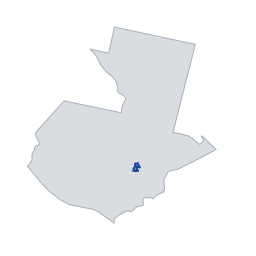 location of San Cristóbal Acasaguastlán, El Progreso, Guatemala, rotated 12°
{"feature_id": "79465075B13418311867324", "entity_name": "San Cristóbal Acasaguastlán", "entity_type": "district", "adm_level": 2, "iso_a3": "GTM", "parent_name": "Guatemala", "parent_adm1": "El Progreso", "projection": "mercator", "projection_center": [-89.866, 15.005], "detail": "fine", "context": "in_parent", "style": "filled", "palette": "blue", "viewbox_px": 256, "rotation_deg": 12, "n_neighbors": 0, "source": "geoboundaries", "source_scale": "gbopen_adm2", "svg_char_len": 3070}
<svg xmlns="http://www.w3.org/2000/svg" viewBox="0 0 256 256"><g transform="rotate(12 128 128)"><path d="M37.4,186.2L38.6,185.0L39.6,182.2L40.8,179.4L40.0,176.1L39.6,173.4L41.0,169.5L40.9,166.6L41.5,164.8L43.6,163.7L44.6,161.4L38.8,153.8L38.8,152.0L39.6,149.9L44.3,141.7L50.0,131.9L56.2,121.2L59.9,114.7L73.6,114.7L82.7,114.6L94.2,114.6L106.7,114.6L114.9,114.6L118.3,114.5L117.7,110.3L118.1,105.7L119.6,101.4L119.6,99.6L117.2,97.3L112.4,95.9L109.8,93.9L109.8,91.3L108.6,88.2L106.3,84.6L101.6,80.9L94.3,77.0L88.2,71.9L83.1,65.5L78.8,61.3L75.5,59.6L74.7,58.7L84.4,58.8L93.6,58.9L93.6,49.6L93.7,41.4L93.7,32.1L110.3,32.1L130.2,32.1L150.7,32.2L166.9,32.2L176.4,32.2L176.0,43.7L175.5,57.0L175.1,66.8L174.6,79.8L174.1,93.1L173.4,111.2L173.0,122.9L173.2,123.2L178.6,122.6L186.6,123.2L188.5,123.1L190.9,124.1L192.8,124.4L196.9,127.1L201.6,129.1L204.7,125.0L203.1,122.6L201.9,121.4L202.1,120.3L218.6,130.7L216.7,132.3L212.4,136.0L204.8,142.3L198.0,148.0L191.4,153.1L185.5,157.8L184.8,158.2L177.3,161.5L176.0,163.0L174.4,169.6L173.7,171.2L175.0,174.8L176.4,180.4L175.9,183.3L170.7,186.9L168.4,190.1L167.3,192.2L166.4,191.7L164.8,191.5L161.1,192.3L159.3,192.5L157.8,193.4L157.6,195.4L158.6,198.7L159.0,200.4L157.9,201.1L153.3,203.1L151.5,205.0L149.8,208.0L147.8,209.3L145.7,209.1L144.2,209.5L141.1,211.7L136.3,216.1L133.7,219.3L133.7,221.7L134.2,223.9L116.8,216.2L111.0,214.9L86.6,215.1L76.2,212.1L64.3,206.3L56.2,201.0L37.4,186.2Z" fill="#d9dde1" stroke="#a8b0b8" stroke-width="1"/><path d="M146.9,167.5L146.8,167.4L146.7,167.2L146.4,167.1L146.2,167.1L146.0,167.4L145.9,167.4L145.7,167.4L145.7,167.1L145.4,167.2L145.3,166.9L145.2,166.8L145.2,166.5L145.3,166.2L145.4,165.9L145.4,165.7L145.2,165.4L145.1,165.1L145.0,164.9L144.9,164.9L144.8,164.7L144.7,164.7L144.5,164.4L144.4,164.2L144.2,163.9L144.3,163.8L144.5,163.8L145.1,164.0L145.4,164.1L145.8,164.2L147.0,164.2L147.8,164.3L148.0,164.2L147.8,163.8L147.7,163.6L147.4,163.3L147.4,163.2L147.1,162.8L147.0,162.7L146.8,162.5L146.5,162.2L146.3,162.1L145.9,161.7L145.7,161.5L145.6,161.4L145.5,161.2L145.3,161.0L144.8,160.5L144.8,160.4L144.7,160.5L144.4,160.7L144.2,160.7L143.9,160.8L143.6,160.9L143.5,161.0L143.3,160.9L143.2,160.9L142.8,161.0L142.3,161.0L142.2,161.1L142.2,161.3L142.2,161.5L142.3,161.7L142.3,161.8L142.3,162.1L142.4,162.3L142.5,162.5L142.4,162.5L142.5,162.8L142.6,163.1L142.6,163.3L142.7,163.6L142.8,163.8L142.8,164.1L142.7,164.1L142.7,164.3L142.6,164.5L142.4,164.8L142.4,165.1L142.4,165.3L142.2,165.5L142.0,165.8L141.9,165.8L141.8,166.0L141.7,166.4L141.8,166.6L141.8,167.2L141.8,167.5L141.9,168.0L142.0,168.2L142.1,168.3L142.3,168.5L142.2,168.7L142.1,168.8L142.3,168.8L142.5,168.8L142.8,168.8L143.0,168.8L143.3,168.9L143.4,168.7L143.5,168.6L143.7,168.4L143.8,168.4L143.9,168.5L144.0,168.5L144.2,168.8L144.3,168.8L144.4,168.7L144.5,168.7L144.8,168.5L145.0,168.4L145.2,168.5L145.3,168.5L145.3,168.4L145.5,168.3L145.8,168.3L145.9,168.2L146.1,168.0L146.2,167.7L146.3,167.7L146.4,167.8L146.5,167.9L146.5,168.0L146.8,168.0L146.8,167.9L146.8,167.7L146.9,167.5Z" fill="#3b82f6" stroke="#1e3a8a" stroke-width="1.5"/></g></svg>